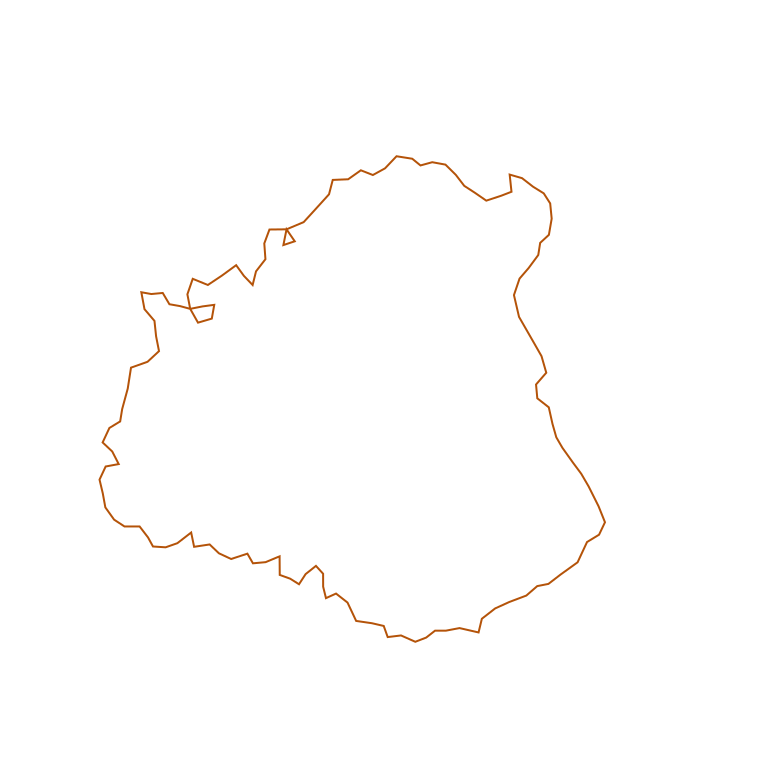 Santa Terezinha do Progresso, Santa Catarina, Brazil, rotated 25°
{"feature_id": "56859067B77763661089078", "entity_name": "Santa Terezinha do Progresso", "entity_type": "district", "adm_level": 2, "iso_a3": "BRA", "parent_name": "Brazil", "parent_adm1": "Santa Catarina", "projection": "natural_earth1", "projection_center": [-53.177, -26.585], "detail": "fine", "context": "isolated", "style": "outline", "palette": "amber", "viewbox_px": 768, "rotation_deg": 25, "n_neighbors": 0, "source": "geoboundaries", "source_scale": "gbopen_adm2", "svg_char_len": 1835}
<svg xmlns="http://www.w3.org/2000/svg" viewBox="0 0 768 768"><g transform="rotate(25 384 384)"><path d="M574.7,569.2L571.9,555.4L579.6,540.4L589.7,528.6L602.4,515.6L608.3,502.4L617.5,495.7L624.6,482.0L634.8,463.8L634.8,441.4L642.6,429.7L642.7,415.9L630.2,404.2L612.8,390.4L600.7,382.0L588.3,375.3L572.6,366.4L562.7,359.5L553.6,349.0L543.2,335.5L529.0,332.2L522.0,320.2L526.3,305.2L515.0,292.2L501.3,282.5L478.0,266.1L464.2,248.5L462.3,231.2L466.1,217.7L469.3,201.9L465.9,190.1L470.4,179.1L466.1,163.3L458.3,150.1L448.2,143.7L435.7,142.2L422.1,139.1L409.4,141.1L418.3,155.9L410.7,163.8L399.2,174.6L385.7,172.3L373.0,170.5L360.7,164.1L347.0,159.2L334.0,162.6L324.7,170.5L314.4,167.9L299.1,172.3L293.8,188.1L285.6,199.3L272.7,200.1L265.0,213.6L251.3,220.7L254.0,235.3L248.7,252.4L242.8,271.2L230.3,285.0L214.9,292.4L216.1,307.2L223.8,321.0L220.4,336.0L223.1,349.8L211.3,345.2L199.8,338.8L191.2,354.4L182.5,368.7L166.2,369.5L167.9,385.8L176.6,397.8L166.2,399.6L155.8,402.4L145.0,395.0L135.1,400.8L125.3,403.4L135.3,417.4L149.3,423.8L157.3,437.1L166.2,449.3L160.3,463.8L147.8,476.1L153.7,496.5L157.3,517.4L160.7,529.4L153.7,539.9L153.7,555.9L166.2,560.0L177.4,568.7L166.6,576.4L166.6,590.9L175.3,601.9L183.6,613.6L196.7,621.0L209.0,622.8L222.7,616.4L235.0,622.8L243.3,628.9L255.1,624.3L264.0,615.6L272.0,600.1L280.7,611.8L293.8,603.1L305.9,607.2L319.4,607.2L331.9,595.5L341.0,601.9L352.0,595.5L362.2,584.3L370.2,601.1L381.2,600.1L391.6,601.4L393.3,589.4L399.2,577.6L409.0,581.7L414.5,593.4L421.9,602.6L429.1,594.2L443.3,597.5L458.9,610.5L474.2,605.9L486.0,603.4L494.3,611.8L505.7,604.7L521.3,604.4L529.4,596.0L534.5,586.0L544.2,581.5L555.6,573.3L574.7,569.2ZM176.6,397.8L186.7,390.4L196.7,384.0L200.3,397.5L189.5,407.0L176.6,397.8ZM230.3,285.0L242.8,292.4L234.1,300.6L230.3,285.0Z" fill="none" stroke="#b45309" stroke-width="2"/></g></svg>